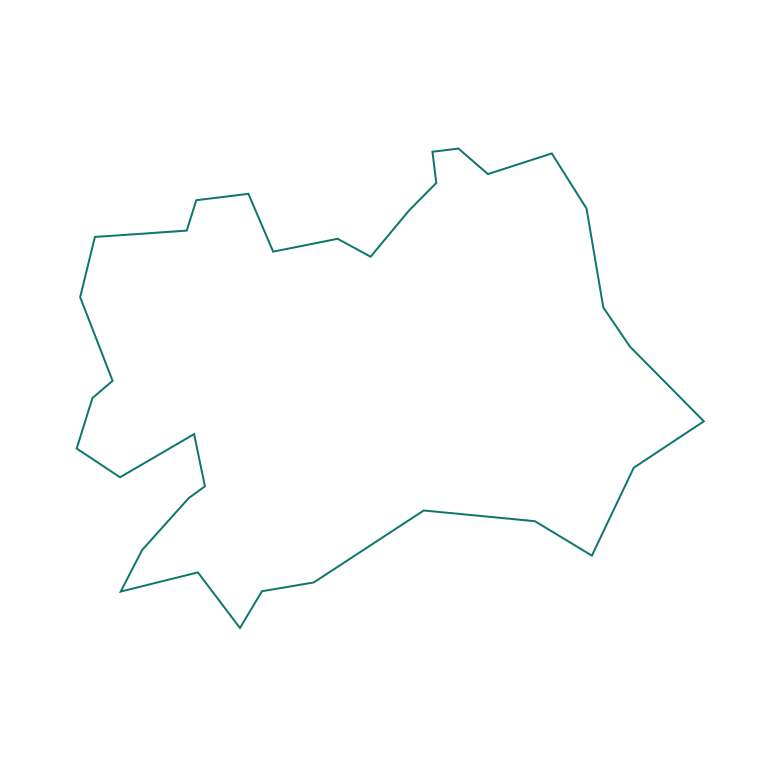 the Municipality of Priekules, rotated 263°
{"feature_id": "LVA-5715", "entity_name": "Priekules", "entity_type": "Municipality", "adm_level": 1, "iso_a3": "LVA", "parent_name": "Latvia", "parent_adm1": "", "projection": "mercator", "projection_center": [21.576, 56.419], "detail": "fine", "context": "isolated", "style": "outline", "palette": "teal", "viewbox_px": 768, "rotation_deg": 263, "n_neighbors": 0, "source": "natural_earth", "source_scale": "10m", "svg_char_len": 594}
<svg xmlns="http://www.w3.org/2000/svg" viewBox="0 0 768 768"><g transform="rotate(263 384 384)"><path d="M592.4,578.6L533.5,606.4L433.3,611.0L391.2,632.6L308.0,696.9L270.5,621.7L188.3,569.4L229.4,517.1L253.6,408.0L195.6,290.1L193.2,237.6L159.4,211.3L219.7,176.3L210.1,97.4L248.7,123.7L294.6,176.3L304.3,193.8L357.4,189.4L323.6,110.6L357.4,71.1L405.7,93.0L420.2,115.0L507.2,93.0L565.2,115.0L560.3,206.9L589.3,220.1L589.3,272.6L528.9,290.1L533.8,355.6L512.0,386.2L553.1,429.9L577.2,460.4L608.6,460.4L608.6,486.6L579.7,512.7L592.4,578.6Z" fill="none" stroke="#0f766e" stroke-width="2"/></g></svg>